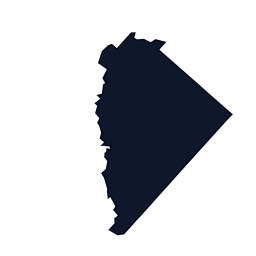 Cullman, Alabama, United States of America, rotated 131°
{"feature_id": "52423323B47632571632654", "entity_name": "Cullman", "entity_type": "district", "adm_level": 2, "iso_a3": "USA", "parent_name": "United States of America", "parent_adm1": "Alabama", "projection": "robinson", "projection_center": [-86.753, 34.086], "detail": "fine", "context": "isolated", "style": "filled", "palette": "ink", "viewbox_px": 256, "rotation_deg": 131, "n_neighbors": 0, "source": "geoboundaries", "source_scale": "gbopen_adm2", "svg_char_len": 1392}
<svg xmlns="http://www.w3.org/2000/svg" viewBox="0 0 256 256"><g transform="rotate(131 128 128)"><path d="M39.1,156.3L43.4,164.9L49.0,166.6L50.9,174.0L55.8,178.9L56.7,182.8L51.9,185.2L54.2,187.7L75.8,188.1L75.8,195.0L79.1,196.6L86.9,197.4L97.9,192.8L96.8,181.9L106.6,179.4L108.7,173.6L111.2,174.7L119.3,169.3L123.1,172.0L123.4,167.2L130.6,168.7L130.7,165.3L137.7,162.1L138.7,155.5L143.7,154.1L144.7,150.6L148.8,144.5L153.7,142.1L153.8,135.8L157.8,136.2L156.4,134.8L156.1,134.4L155.9,133.7L155.7,133.4L155.3,132.8L154.8,132.2L154.3,131.3L153.9,130.6L153.5,130.4L153.0,129.9L152.9,129.7L152.9,129.4L153.4,129.0L154.5,128.3L155.2,127.7L155.4,127.3L155.8,126.5L155.9,126.1L156.3,126.0L156.8,126.0L157.0,126.0L157.2,126.6L157.2,127.1L156.9,127.7L156.9,127.9L157.1,128.6L157.2,129.6L157.3,129.8L157.4,130.0L157.8,129.9L158.4,129.1L158.8,128.8L159.8,128.5L160.3,128.2L160.7,127.5L160.8,127.3L161.0,127.3L161.3,127.4L161.5,127.6L161.6,128.1L161.6,128.5L161.9,128.7L162.2,128.5L162.5,128.2L163.1,127.7L164.2,127.0L164.5,126.8L165.0,126.3L165.9,121.5L173.3,117.0L179.2,117.9L180.8,112.9L187.7,102.3L188.7,102.2L193.4,97.1L190.7,96.6L194.9,85.3L199.0,84.9L200.1,77.3L205.0,78.3L208.5,74.9L216.9,75.2L215.2,66.1L210.6,61.9L192.3,61.6L184.1,61.3L124.9,60.4L118.7,60.3L54.3,59.0L49.6,58.6L49.7,63.0L49.6,84.6L49.4,101.6L49.1,156.5L39.1,156.3Z" fill="#0f172a" stroke="#020617" stroke-width="1.5"/></g></svg>